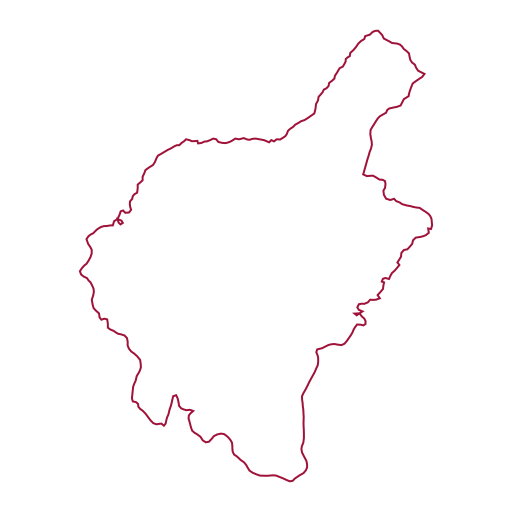 Jequitaí, Minas Gerais, Brazil (Mercator projection)
{"feature_id": "56859067B67502513716285", "entity_name": "Jequitaí", "entity_type": "district", "adm_level": 2, "iso_a3": "BRA", "parent_name": "Brazil", "parent_adm1": "Minas Gerais", "projection": "mercator", "projection_center": [-44.461, -17.201], "detail": "fine", "context": "isolated", "style": "outline", "palette": "rose", "viewbox_px": 512, "rotation_deg": 0, "n_neighbors": 0, "source": "geoboundaries", "source_scale": "gbopen_adm2", "svg_char_len": 5593}
<svg xmlns="http://www.w3.org/2000/svg" viewBox="0 0 512 512"><path d="M378.1,30.7L375.1,30.9L372.6,32.0L369.8,34.7L365.2,36.1L364.3,39.0L361.0,41.0L358.2,43.7L356.0,47.0L353.4,50.1L350.3,52.9L349.8,56.1L347.6,57.4L345.8,59.0L345.6,61.6L344.4,63.9L342.8,66.6L339.6,68.2L336.9,72.8L334.9,75.8L334.4,78.6L332.1,80.7L329.2,82.9L328.5,86.1L326.3,88.4L323.8,89.6L322.6,92.2L320.6,94.6L318.6,96.8L318.0,100.4L316.0,104.1L315.5,108.8L314.3,113.5L311.1,115.7L308.0,117.9L304.5,120.1L301.3,121.1L299.0,122.6L295.2,124.7L293.1,126.9L290.2,128.8L288.0,130.8L286.8,134.0L285.3,136.2L282.9,137.8L280.1,139.5L276.6,139.3L274.0,141.4L271.3,140.1L269.1,142.3L266.8,141.3L264.2,140.2L261.3,139.6L258.9,139.2L255.7,138.6L252.7,138.8L249.4,139.8L246.9,139.4L243.8,138.1L239.0,139.3L235.3,138.6L232.6,140.4L229.5,142.0L225.8,143.1L222.4,142.9L218.4,142.0L216.1,139.2L213.2,138.6L210.6,139.9L207.2,141.3L204.4,141.6L201.3,143.0L198.1,143.4L197.4,140.9L194.9,141.1L191.8,141.2L189.4,140.1L186.1,139.3L183.9,141.4L181.5,143.0L179.3,145.2L176.9,145.2L174.5,146.2L170.6,148.6L167.9,149.8L165.4,151.3L161.7,153.5L157.9,155.7L156.4,158.4L155.0,161.9L153.0,165.0L149.3,167.3L145.5,170.0L144.3,173.2L142.6,176.8L142.6,180.3L140.2,182.5L137.7,184.6L137.7,188.3L137.1,192.7L134.3,194.3L132.7,196.4L132.2,198.9L130.0,201.4L129.8,204.2L130.2,206.9L131.1,209.8L129.0,212.5L125.3,212.8L123.1,210.5L120.7,211.3L119.5,214.9L117.5,219.0L114.1,221.2L112.8,225.4L110.3,225.4L106.8,226.0L104.0,226.1L100.9,227.0L97.3,229.2L95.2,231.2L93.3,233.2L90.7,234.5L88.5,236.2L86.5,239.1L88.1,243.8L90.2,246.9L91.7,249.7L91.7,253.5L90.5,257.1L88.4,260.9L86.5,263.8L84.4,265.4L82.2,267.8L79.9,271.2L81.1,274.5L83.9,276.7L86.8,278.0L88.7,280.6L90.5,282.3L92.1,285.4L93.5,288.6L93.9,291.7L93.2,295.4L91.8,299.7L92.6,304.5L93.6,308.1L95.8,310.5L99.0,313.4L99.6,317.5L101.4,319.7L104.3,318.7L107.2,319.4L107.8,323.3L107.9,327.7L110.3,329.5L113.7,330.9L116.1,332.6L118.2,333.8L120.9,334.3L124.4,335.4L127.0,338.1L127.7,341.9L127.6,345.3L128.9,348.6L131.2,351.5L134.0,353.4L137.1,356.2L140.1,359.9L140.7,363.8L140.9,367.1L140.1,370.0L138.9,372.5L136.7,376.1L135.7,380.6L134.5,383.1L133.2,386.5L132.7,390.9L132.3,394.9L131.9,398.2L132.8,401.4L136.0,402.1L138.0,403.9L138.4,406.8L140.2,408.9L143.0,411.0L145.8,414.0L148.0,417.0L150.3,420.1L153.2,423.1L156.3,424.3L158.7,423.9L161.4,423.6L163.9,425.7L165.6,423.6L166.3,420.3L167.1,417.3L168.3,414.8L169.0,412.0L169.6,409.5L170.9,405.8L171.8,402.3L172.3,399.8L173.2,396.2L176.1,395.2L177.6,398.2L178.4,401.6L179.1,405.8L181.1,408.3L183.6,409.4L186.3,410.2L190.0,409.8L193.2,411.0L190.4,413.4L188.8,415.6L188.6,418.5L189.4,421.3L190.1,423.9L190.9,427.1L192.1,430.6L194.3,432.6L196.8,434.1L200.4,436.7L202.8,440.4L205.8,442.3L209.0,441.7L211.8,438.7L213.8,436.2L217.0,434.5L221.0,433.6L224.1,434.1L226.2,435.6L228.2,437.3L230.6,440.2L232.0,442.8L232.3,445.5L232.4,448.7L232.7,451.7L234.1,454.6L236.6,456.2L238.4,457.8L240.8,460.1L243.9,462.2L246.1,464.8L247.7,467.7L249.4,470.5L252.6,472.7L256.3,474.3L260.0,475.6L263.5,475.7L266.7,475.8L269.4,475.6L273.3,475.3L276.1,475.6L278.7,476.6L282.5,478.1L286.4,479.9L289.7,481.3L292.7,480.8L294.9,478.5L297.4,476.8L300.1,475.0L303.5,473.1L305.9,470.3L307.1,467.3L307.1,464.3L306.4,460.9L305.0,458.3L303.7,455.8L302.0,452.4L301.4,448.9L301.9,446.2L303.3,442.7L303.9,438.1L303.9,433.4L303.8,430.1L303.6,426.5L303.5,422.9L303.6,420.3L303.7,417.2L303.5,413.8L303.3,409.6L302.8,406.2L302.6,403.0L302.1,399.7L302.0,396.2L303.5,393.0L305.5,389.6L307.2,386.3L308.4,383.8L309.7,381.2L311.0,378.8L312.6,375.9L314.6,372.3L316.3,368.3L317.7,365.3L318.1,362.8L318.2,360.1L318.1,357.4L317.4,354.7L316.3,352.2L317.2,349.4L322.1,348.2L325.6,346.4L328.5,345.0L331.2,344.3L334.3,344.0L337.5,344.6L341.4,345.1L344.5,343.7L346.7,341.1L348.7,338.3L351.0,335.0L352.5,332.4L353.6,329.6L354.9,327.4L357.1,324.5L360.7,324.7L363.4,325.4L365.5,324.0L365.5,321.0L364.3,318.6L361.8,316.4L359.5,313.3L362.5,311.4L358.9,309.9L357.3,307.3L358.9,304.2L361.7,303.7L364.4,303.8L367.8,302.4L370.2,299.7L373.3,299.9L375.9,299.7L379.8,298.3L377.6,295.1L380.7,291.7L383.0,288.9L383.4,285.5L384.1,282.4L381.8,281.6L382.9,278.8L385.5,278.0L389.0,279.0L390.4,275.8L392.0,273.0L394.7,270.6L397.1,267.8L399.4,265.0L397.4,262.4L399.4,259.4L401.0,256.7L401.4,252.9L403.9,250.0L407.4,249.3L409.7,246.8L412.2,243.9L413.0,240.3L415.8,237.6L420.1,237.0L422.9,236.3L425.8,235.2L428.8,232.8L428.2,228.5L431.0,229.0L432.1,225.4L431.8,222.2L431.5,218.9L430.4,216.3L428.7,214.1L425.6,211.8L422.4,209.8L419.7,207.9L416.4,207.5L413.6,207.0L410.0,206.0L406.8,205.5L404.4,204.8L402.0,204.1L399.6,202.4L396.2,201.1L394.1,198.8L390.3,200.0L386.1,198.7L383.9,194.8L383.4,190.6L385.0,188.0L385.5,184.0L385.0,181.1L382.7,179.8L379.5,179.6L375.9,177.3L373.0,175.7L370.2,175.8L366.9,176.1L363.2,174.4L364.2,170.8L365.2,167.3L366.4,163.1L367.2,160.1L368.5,156.1L369.7,151.8L371.0,148.6L371.9,144.8L371.6,141.1L371.0,138.5L370.3,134.3L370.6,129.9L372.3,127.0L374.3,123.9L376.2,120.8L377.9,118.3L380.1,116.1L383.5,114.2L386.1,112.7L387.2,110.0L389.2,108.5L392.6,107.7L396.7,106.9L400.6,105.5L402.4,102.0L403.8,99.2L406.0,97.8L408.6,96.2L409.0,93.8L409.9,90.8L411.1,87.4L412.7,83.5L415.8,81.2L419.1,78.9L422.1,77.0L424.5,73.9L421.4,72.4L418.1,70.7L416.1,67.7L414.9,64.7L411.9,62.4L410.3,59.8L409.5,56.4L409.0,53.4L406.6,51.1L403.7,48.9L402.1,46.5L400.0,44.6L397.3,43.6L394.7,43.3L392.0,43.0L389.3,41.4L386.8,40.1L383.8,38.5L382.2,35.1L380.1,32.8L378.1,30.7ZM117.5,219.0L121.4,220.6L122.8,222.9L120.5,224.4L118.6,222.6L117.5,219.0ZM359.5,313.3L356.7,315.3L354.6,313.6L359.5,313.3Z" fill="none" stroke="#9f1239" stroke-width="2"/></svg>